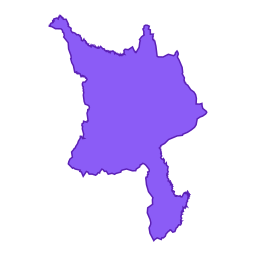 the district of Kumphawapi, Udon Thani, Thailand
{"feature_id": "78962969B78626790944286", "entity_name": "Kumphawapi", "entity_type": "district", "adm_level": 2, "iso_a3": "THA", "parent_name": "Thailand", "parent_adm1": "Udon Thani", "projection": "equal_earth", "projection_center": [102.971, 17.074], "detail": "fine", "context": "isolated", "style": "filled", "palette": "violet", "viewbox_px": 256, "rotation_deg": 0, "n_neighbors": 0, "source": "geoboundaries", "source_scale": "gbopen_adm2", "svg_char_len": 5728}
<svg xmlns="http://www.w3.org/2000/svg" viewBox="0 0 256 256"><path d="M181.3,223.5L181.3,222.6L180.7,222.5L180.7,222.0L181.5,221.3L180.9,221.4L180.7,220.5L181.0,220.3L180.7,219.9L181.7,218.1L180.9,217.2L180.8,216.1L181.2,216.0L181.3,214.7L182.2,214.2L181.5,213.9L181.4,212.7L181.7,212.9L181.8,212.4L182.6,211.9L181.9,211.8L182.2,210.5L183.2,210.5L183.1,207.8L183.4,208.2L183.7,207.5L184.2,207.5L185.1,208.3L185.7,207.3L185.3,206.7L186.0,205.9L186.9,206.4L186.1,205.1L186.5,204.2L186.5,202.4L187.5,201.5L187.2,200.6L187.7,199.8L187.9,197.9L188.8,198.1L188.8,197.2L188.1,196.4L188.7,195.6L189.2,195.8L189.0,194.9L189.4,195.2L189.7,194.7L189.2,194.6L189.1,193.6L188.6,193.2L188.8,194.6L187.6,194.9L188.0,192.1L187.5,191.3L187.2,191.8L187.5,192.7L187.1,192.6L186.3,193.7L185.9,193.6L186.5,193.1L185.4,192.3L183.9,193.2L181.9,196.9L180.7,196.7L180.1,195.7L179.2,196.3L176.5,195.7L176.4,196.3L175.3,196.2L174.9,195.0L173.7,193.9L174.3,191.5L172.9,190.7L172.5,191.5L172.0,190.8L171.9,189.5L172.5,188.4L172.0,187.3L172.7,186.4L172.0,186.0L172.3,184.9L170.9,184.8L171.6,183.9L171.3,183.4L170.7,183.7L170.8,182.5L170.2,182.6L170.1,180.9L169.7,181.0L170.0,181.5L169.5,182.0L169.1,181.1L168.2,180.9L168.7,179.3L167.3,177.6L167.6,176.3L166.8,175.7L166.9,174.5L167.3,174.9L167.9,174.4L167.4,173.0L168.2,171.8L167.5,170.2L168.1,166.7L166.5,165.3L166.3,163.1L165.8,163.8L165.2,163.3L164.1,163.7L164.5,163.3L163.9,162.2L164.4,161.1L164.0,160.7L164.2,160.1L163.5,159.6L163.9,159.4L163.5,158.8L163.1,159.7L162.2,159.1L162.2,159.7L161.8,158.7L160.8,158.0L160.6,157.5L161.7,156.0L160.9,154.1L161.2,153.8L160.9,153.4L161.2,153.3L160.9,152.5L161.2,152.1L160.7,151.1L160.6,149.1L159.5,148.5L159.4,147.7L160.8,146.7L160.7,145.6L164.8,143.3L168.6,139.5L177.2,135.9L182.5,135.3L182.9,134.2L187.5,132.3L191.4,129.8L194.5,127.3L196.1,124.8L197.2,118.9L200.1,117.0L202.6,116.1L205.6,114.0L206.7,112.5L206.4,111.4L202.8,108.5L202.1,106.0L201.9,103.4L199.8,104.1L196.1,104.0L196.4,98.5L195.6,94.7L193.9,92.0L190.7,89.7L187.8,85.3L185.9,84.0L185.6,83.0L185.1,83.0L184.7,81.7L184.4,81.7L184.3,80.3L184.0,80.1L184.4,77.9L182.2,73.8L182.7,72.6L182.1,67.3L179.0,59.9L177.5,57.4L177.5,56.3L178.3,54.1L177.9,52.4L177.0,51.0L175.4,52.9L175.1,54.5L173.6,55.7L168.3,54.3L163.1,57.0L158.2,56.9L157.1,56.1L155.9,46.2L154.7,40.9L153.6,40.5L153.7,39.5L152.8,39.4L152.6,36.8L153.1,36.7L153.0,34.8L153.3,34.1L150.4,34.2L150.3,29.8L148.4,29.0L149.3,26.2L147.1,25.2L145.4,25.2L144.1,26.1L143.9,28.1L142.9,29.0L143.9,31.7L143.8,34.1L144.2,34.9L141.6,36.8L139.5,39.6L140.3,40.8L139.8,42.0L139.1,47.3L136.0,52.6L135.2,52.4L135.1,51.4L134.3,51.0L132.5,46.9L128.3,49.7L125.1,49.2L123.9,50.5L124.2,52.6L123.8,53.3L124.3,54.0L123.8,53.8L123.8,54.4L122.5,54.9L122.3,54.5L122.0,55.2L121.5,54.7L121.1,55.3L120.7,54.7L120.4,55.0L120.1,54.2L119.5,55.5L119.2,55.3L119.5,54.9L118.9,54.9L118.4,54.1L117.2,54.3L116.9,53.3L115.7,53.5L115.3,52.7L114.6,53.5L114.3,52.1L112.9,50.9L112.2,51.4L110.9,51.2L110.2,52.5L110.0,51.9L109.4,52.1L109.6,51.5L109.1,51.4L108.9,50.6L108.6,51.8L108.0,51.6L107.9,50.9L106.6,51.4L106.6,50.7L105.8,51.0L104.5,50.1L104.6,49.4L103.9,48.7L102.9,48.9L100.6,46.4L99.1,48.1L98.2,48.1L98.2,47.6L97.8,48.2L96.8,47.8L96.9,47.3L96.0,47.4L95.2,46.2L95.2,47.1L94.1,46.5L93.2,45.8L93.0,45.0L92.2,45.1L91.9,45.8L91.4,45.5L91.4,46.6L91.2,46.0L91.1,46.5L90.7,46.0L90.4,46.3L90.1,45.5L89.2,45.8L88.1,45.2L88.3,44.3L87.8,44.6L86.8,43.1L86.8,43.6L86.3,43.5L86.2,42.0L85.6,41.9L85.3,40.7L84.3,40.2L83.9,39.1L82.7,40.9L81.5,40.4L81.3,38.1L80.1,36.3L80.1,35.6L79.4,35.7L78.7,34.7L76.5,34.7L75.6,33.5L73.5,32.5L72.5,32.7L70.9,30.5L71.1,28.3L68.2,26.2L68.6,24.9L67.8,24.1L68.2,23.7L66.1,19.3L63.3,19.3L62.9,17.8L62.4,17.4L62.0,17.8L60.6,15.7L60.0,15.4L59.7,16.4L59.1,16.4L59.2,17.1L58.6,17.4L58.2,19.0L56.9,18.0L53.8,19.0L53.6,19.9L54.1,20.8L53.7,20.9L53.5,21.6L52.7,21.0L52.7,22.7L51.2,23.1L50.4,24.0L50.4,25.1L49.4,25.3L49.3,26.2L51.9,26.7L55.4,28.7L60.8,28.8L62.1,29.9L62.7,31.2L62.6,32.0L63.7,32.8L64.3,35.7L63.7,37.0L68.2,42.7L68.6,49.0L71.0,55.7L71.2,58.4L70.7,58.7L71.8,62.7L73.4,65.7L74.7,72.1L75.2,72.5L76.1,72.0L76.5,72.7L76.8,72.3L77.2,73.7L78.2,73.8L78.4,73.2L79.9,73.7L81.0,76.5L81.4,76.1L81.8,76.5L82.1,75.8L82.4,76.2L82.8,75.6L83.6,75.9L83.8,76.7L84.7,76.4L85.6,78.1L86.4,78.0L87.1,79.5L85.2,82.0L83.0,82.2L82.3,83.9L82.5,85.8L83.3,86.9L83.0,88.1L83.6,90.0L83.2,90.9L83.8,92.2L83.3,95.2L84.2,101.6L85.2,104.2L87.8,105.1L89.2,106.3L89.4,107.5L88.7,109.7L87.8,109.6L87.6,111.6L87.0,113.1L88.1,120.8L87.3,120.8L86.9,122.2L83.6,121.2L83.5,122.9L82.1,123.8L81.9,125.7L82.6,126.2L82.3,128.9L83.7,134.1L83.1,137.0L83.2,137.8L84.2,138.4L82.6,138.6L82.1,137.4L81.0,136.2L80.3,136.3L80.3,138.1L78.4,141.1L77.6,143.6L75.7,146.5L75.4,147.8L74.1,148.6L73.9,149.3L71.6,152.0L72.4,157.2L70.0,159.0L68.8,161.7L68.3,163.9L72.5,168.2L73.3,167.7L75.1,169.0L80.2,170.2L79.8,171.4L81.4,172.0L83.2,176.3L86.4,171.5L87.9,172.1L89.1,174.1L92.2,174.1L95.6,175.2L96.8,174.4L98.2,172.6L99.6,173.0L100.0,171.6L101.9,169.1L103.2,169.8L104.4,171.4L106.4,171.3L108.2,174.2L112.0,173.3L114.6,174.3L116.0,173.4L120.8,172.1L121.2,170.7L122.1,170.1L126.5,169.0L132.4,170.8L135.7,170.7L136.3,169.0L139.7,166.8L140.3,164.7L141.2,164.7L142.8,163.3L144.6,164.1L146.0,165.3L149.0,169.2L149.3,170.8L149.1,171.6L147.7,172.0L148.2,174.4L147.5,174.6L147.4,176.9L146.1,177.1L145.8,178.1L146.5,184.8L148.5,191.7L152.9,197.6L152.4,199.7L152.6,204.3L147.7,207.8L147.3,212.9L150.1,219.5L150.8,222.6L150.6,224.5L149.1,227.9L150.0,233.3L153.8,240.6L154.6,239.6L157.2,237.9L161.2,239.5L162.0,237.7L163.4,237.9L165.3,236.2L166.0,234.0L168.4,231.3L169.7,230.6L169.8,230.0L170.7,229.9L172.8,232.2L174.9,231.5L176.2,228.0L177.3,227.2L178.6,224.9L180.5,224.9L181.3,223.5Z" fill="#8b5cf6" stroke="#5b21b6" stroke-width="1.5"/></svg>